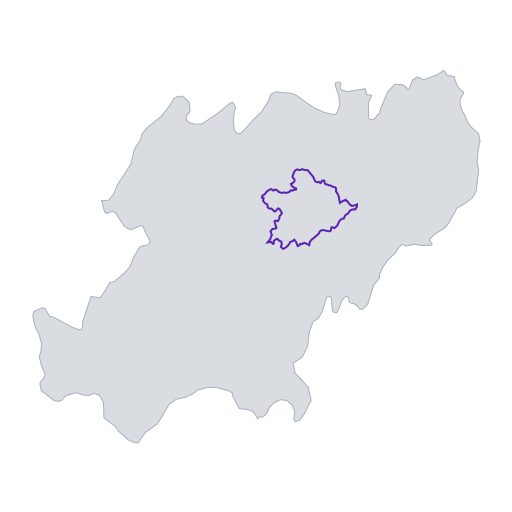 Grad Beograd highlighted on a map of Republic of Serbia, rotated 91°
{"feature_id": "SRB-836", "entity_name": "Grad Beograd", "entity_type": "City", "adm_level": 1, "iso_a3": "SRB", "parent_name": "Republic of Serbia", "parent_adm1": "", "projection": "robinson", "projection_center": [20.4, 44.661], "detail": "medium", "context": "in_parent", "style": "outline", "palette": "violet", "viewbox_px": 512, "rotation_deg": 91, "n_neighbors": 0, "source": "natural_earth", "source_scale": "10m", "svg_char_len": 5146}
<svg xmlns="http://www.w3.org/2000/svg" viewBox="0 0 512 512"><g transform="rotate(91 256 256)"><path d="M295.6,184.6L310.5,188.8L317.2,192.7L320.8,197.8L330.3,201.2L345.7,202.9L356.4,208.1L362.5,217.0L372.4,214.8L385.9,201.7L399.2,198.3L412.4,204.6L419.7,209.7L420.9,213.8L417.9,215.4L410.5,214.6L404.5,217.1L399.9,222.9L399.2,229.1L402.6,235.6L407.3,240.1L413.4,242.6L416.6,246.0L417.1,250.3L418.7,251.5L415.3,253.5L411.6,256.4L409.5,261.6L409.0,269.9L397.4,276.4L393.0,277.6L391.0,281.9L388.0,294.1L388.5,303.3L390.1,308.0L390.9,311.8L394.7,316.5L398.3,323.6L400.6,333.1L405.8,340.4L418.9,347.6L425.5,351.8L430.3,357.9L434.0,363.3L444.9,370.7L444.1,375.9L441.8,381.0L439.4,383.4L434.1,389.9L428.9,393.6L420.4,405.2L406.8,405.8L403.5,406.7L398.4,409.9L395.9,415.6L398.4,420.3L398.2,425.0L395.8,434.1L399.2,443.8L404.1,448.3L404.8,450.9L404.1,455.4L397.0,464.7L394.8,468.2L387.6,469.9L385.2,469.0L381.4,465.8L378.0,464.8L369.4,468.6L360.7,470.9L353.8,469.2L347.0,468.9L342.3,470.5L338.8,471.1L331.9,475.1L320.7,478.0L315.6,477.4L313.6,473.6L311.5,468.2L312.5,465.8L319.8,461.5L320.7,457.5L330.8,437.9L332.8,431.5L332.8,429.5L330.2,428.1L324.5,428.1L299.4,420.2L300.5,411.1L293.2,406.2L285.2,401.8L283.9,397.0L275.1,387.1L268.6,381.6L260.4,378.8L253.3,374.8L249.1,372.3L247.2,367.7L247.2,365.0L245.0,362.4L241.6,362.6L235.8,366.3L228.7,369.4L227.5,371.7L230.1,377.2L231.9,380.7L231.1,383.9L228.8,388.1L215.2,397.3L213.6,400.6L216.2,405.7L214.6,408.1L203.1,411.5L203.4,408.7L202.7,404.2L196.2,399.3L186.9,395.6L166.4,382.7L158.5,381.0L151.4,379.5L141.3,373.4L136.1,372.3L130.4,367.9L117.9,353.1L107.2,345.0L99.9,340.9L97.9,336.9L97.5,332.8L97.8,331.5L103.3,325.7L107.5,324.8L113.0,324.6L116.6,327.6L121.3,328.2L124.0,324.4L125.4,319.0L124.8,312.1L113.5,296.1L103.8,284.9L102.7,282.4L104.8,280.4L108.2,279.2L111.8,280.2L121.4,281.0L130.5,279.9L133.6,277.2L133.7,273.5L130.3,270.1L119.7,260.9L111.4,252.8L101.6,246.6L94.4,244.1L92.2,241.0L91.4,237.6L92.2,231.4L92.7,223.6L94.5,218.6L101.1,209.3L107.4,199.4L111.3,189.9L113.4,181.0L112.6,178.5L109.4,176.6L102.5,174.7L92.9,176.4L84.7,179.6L81.6,179.8L80.5,175.9L81.8,174.1L84.4,174.3L86.5,175.1L88.7,173.3L90.1,167.9L86.8,149.6L92.9,148.0L93.0,145.3L93.6,143.0L99.8,146.2L108.7,146.2L116.4,145.6L117.6,143.8L117.5,141.2L115.9,139.1L113.2,137.5L111.2,134.9L106.0,133.8L89.7,127.2L81.8,120.2L82.1,112.8L84.4,108.7L87.2,107.3L86.4,105.9L77.3,102.5L74.1,97.7L76.8,91.5L72.1,79.0L67.1,71.3L72.1,68.0L72.8,63.3L73.2,60.6L75.2,60.6L83.2,57.4L86.1,54.9L87.8,51.9L89.7,51.1L95.0,54.4L100.6,54.7L106.9,52.6L111.7,49.7L117.3,47.4L119.9,45.7L123.2,43.2L129.8,35.6L137.3,34.0L147.3,35.9L158.1,36.6L166.2,34.8L186.7,37.0L191.1,38.8L194.0,40.8L199.3,47.3L204.5,55.7L211.7,59.6L220.2,64.2L224.6,67.6L231.1,77.7L236.2,82.6L237.9,82.4L239.6,81.1L240.8,80.0L242.2,81.0L242.3,84.0L242.6,90.8L241.4,98.0L243.2,104.9L243.3,107.0L242.0,108.9L242.2,110.7L244.0,112.6L250.9,117.1L257.4,124.0L264.8,128.9L271.8,132.1L276.1,132.3L283.3,137.9L297.4,142.0L301.9,143.4L305.0,145.7L307.3,148.4L307.4,151.3L305.2,152.7L302.2,156.5L301.0,161.3L298.8,162.5L296.5,162.6L294.9,164.0L295.2,166.0L297.1,168.0L300.1,169.8L305.7,171.6L311.3,174.2L311.2,176.2L310.1,178.5L303.0,179.3L297.8,179.7L295.4,180.7L295.6,184.6Z" fill="#d9dde1" stroke="#a8b0b8" stroke-width="1"/><path d="M169.4,205.7L176.0,200.1L180.4,198.1L181.3,195.6L180.7,194.5L181.6,193.6L181.9,192.6L179.5,191.2L179.3,189.6L179.8,188.9L181.7,188.7L183.0,187.8L183.3,185.8L184.0,184.5L184.2,182.7L185.5,180.2L186.1,177.7L187.2,177.1L189.9,177.2L193.6,174.7L201.4,173.0L199.5,170.1L198.3,167.5L199.0,167.5L199.5,165.7L202.2,163.8L204.3,161.1L203.3,156.8L202.7,156.0L204.9,155.9L207.8,157.7L207.5,159.3L208.6,162.5L211.9,164.7L212.8,166.4L214.4,167.9L217.0,168.8L217.4,171.0L219.3,173.1L224.0,175.2L226.5,177.6L226.7,178.3L226.1,179.3L226.0,181.1L228.6,181.5L229.8,182.1L230.0,183.4L229.0,189.0L229.0,190.3L229.5,191.6L230.5,192.7L233.0,194.0L239.4,201.4L241.4,202.6L244.2,203.0L242.1,207.5L242.0,208.3L243.4,210.4L243.0,211.8L244.6,212.9L245.3,214.5L241.2,216.2L239.0,218.0L240.7,219.9L241.3,222.0L243.6,223.1L246.6,225.8L248.2,228.4L248.3,229.3L246.3,231.3L243.6,230.4L241.1,231.0L240.4,233.0L238.5,234.9L238.7,236.0L240.7,238.5L242.8,238.4L243.6,238.8L243.6,239.3L241.6,241.3L242.2,244.7L238.9,242.0L236.6,241.5L234.8,240.5L231.0,241.9L228.6,239.9L228.2,236.8L227.5,236.1L221.3,238.1L220.7,238.0L220.3,236.9L220.8,234.7L217.9,233.3L215.9,233.2L213.4,231.2L212.1,230.9L210.5,232.3L209.1,232.8L208.0,234.3L208.2,235.1L210.3,236.7L211.3,238.1L208.4,241.4L208.3,243.5L207.3,245.1L204.2,245.6L203.1,247.8L201.3,249.5L200.0,250.0L198.2,249.3L197.7,249.7L197.5,251.1L196.3,251.0L195.4,250.5L194.5,248.8L190.9,245.9L188.8,242.4L189.1,241.5L190.3,239.8L189.3,238.3L189.2,237.5L189.9,236.8L190.1,235.7L191.5,234.4L192.5,231.6L191.9,229.2L192.4,227.5L192.0,225.3L191.6,224.1L189.7,222.4L190.0,220.6L189.3,219.5L188.9,217.2L187.9,216.9L187.1,218.8L185.6,221.1L183.4,222.3L181.3,219.2L180.5,218.8L178.5,218.9L177.0,220.6L175.9,220.9L170.9,219.2L169.3,217.6L168.7,216.4L169.2,214.9L169.2,213.1L168.3,211.1L169.0,209.9L169.4,205.7Z" fill="none" stroke="#5b21b6" stroke-width="2"/></g></svg>